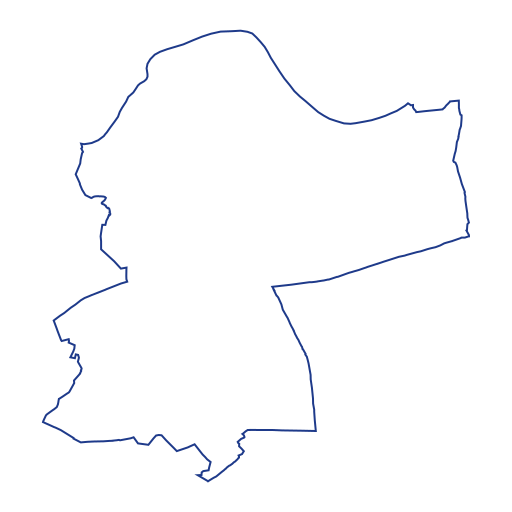 Vecsalienas pag., Daugavpils, Latvia (Equal Earth projection)
{"feature_id": "27541924B65627914021645", "entity_name": "Vecsalienas pag.", "entity_type": "district", "adm_level": 2, "iso_a3": "LVA", "parent_name": "Latvia", "parent_adm1": "Daugavpils", "projection": "equal_earth", "projection_center": [26.809, 55.845], "detail": "fine", "context": "isolated", "style": "outline", "palette": "blue", "viewbox_px": 512, "rotation_deg": 0, "n_neighbors": 0, "source": "geoboundaries", "source_scale": "gbopen_adm2", "svg_char_len": 5882}
<svg xmlns="http://www.w3.org/2000/svg" viewBox="0 0 512 512"><path d="M58.6,333.7L61.1,340.2L61.7,341.0L68.7,339.2L69.0,341.0L68.7,342.6L74.7,345.2L74.3,348.7L73.3,351.4L70.4,357.3L74.9,358.2L75.8,354.4L78.1,354.9L78.9,357.5L78.9,357.9L78.6,359.0L77.9,361.6L78.2,362.3L81.4,367.9L81.6,368.4L81.6,368.7L81.2,369.8L80.9,370.3L81.2,370.8L81.2,371.0L80.2,372.9L80.3,372.9L80.1,373.6L74.0,380.5L74.2,383.1L69.6,391.4L69.1,392.1L69.0,392.3L68.3,392.8L67.0,393.6L62.9,396.4L59.2,398.8L58.9,398.9L58.6,400.4L58.2,403.0L58.0,403.7L57.9,404.5L57.7,404.9L57.3,405.8L57.0,406.7L56.8,407.0L56.4,407.4L54.9,408.6L53.6,409.6L53.4,409.7L52.8,410.1L50.3,411.9L47.0,414.3L46.0,415.3L45.6,416.1L44.0,419.5L43.4,420.9L43.2,421.3L43.0,422.1L49.5,425.0L54.1,427.1L55.5,427.6L60.8,430.1L72.6,437.4L73.6,438.0L73.5,438.6L80.8,442.4L87.5,441.8L93.9,441.5L103.6,441.3L109.5,440.9L112.4,440.8L112.4,440.7L117.2,440.2L117.5,440.1L119.0,439.9L120.0,440.3L130.6,438.3L133.6,437.3L138.0,443.4L148.4,444.8L153.5,438.4L156.1,435.5L158.8,435.0L161.6,435.3L166.1,440.3L174.0,448.2L176.8,451.1L187.8,447.4L189.7,446.5L194.6,444.3L202.6,454.5L205.2,457.1L207.1,459.3L210.6,462.0L209.2,467.3L208.6,470.3L203.3,471.1L201.7,472.4L201.5,475.0L197.8,475.2L207.7,481.0L208.0,481.3L209.5,480.3L213.8,477.7L216.2,476.5L221.9,471.8L224.0,470.2L224.9,469.3L225.6,468.8L226.1,468.4L226.7,467.6L227.0,467.4L228.9,465.9L229.4,465.6L230.0,465.4L230.9,464.8L231.6,464.2L232.2,463.9L233.4,462.7L234.1,462.1L235.3,461.4L235.7,461.0L236.1,460.5L237.5,459.3L237.7,459.0L237.9,458.6L239.0,457.6L239.0,457.0L239.0,456.4L238.6,455.5L242.0,454.1L243.8,451.2L241.5,448.6L241.3,448.4L239.1,446.3L239.2,443.7L238.3,443.1L237.7,441.9L241.1,438.9L244.1,437.6L244.5,437.1L243.9,435.3L242.5,434.0L242.7,433.9L245.7,431.3L247.7,430.0L250.0,430.0L250.1,429.9L259.1,430.0L272.6,430.0L282.1,430.4L301.5,430.7L315.8,431.0L315.4,426.7L315.2,424.6L314.8,420.5L314.2,411.8L314.2,409.7L313.1,403.6L313.0,398.5L311.9,387.6L310.7,379.4L310.6,374.9L308.6,363.6L307.9,360.7L306.8,356.6L305.8,355.3L305.3,354.4L305.6,353.9L304.8,352.5L303.0,349.3L302.6,349.2L302.0,346.8L301.5,346.2L299.7,342.8L298.4,339.9L296.9,337.6L296.8,337.4L296.8,337.2L295.0,333.9L294.8,333.3L293.4,330.1L293.5,330.1L292.5,328.2L291.5,326.5L289.8,323.0L289.4,321.9L287.4,317.5L287.0,317.0L282.8,309.7L281.4,304.4L278.2,297.4L276.5,295.4L276.4,295.4L273.9,290.2L274.2,290.2L272.3,286.8L281.2,285.8L291.2,284.7L301.4,283.3L309.4,282.2L311.8,282.2L315.3,281.8L317.4,281.5L317.6,281.4L323.4,280.5L323.7,280.5L328.2,279.5L328.7,279.6L336.9,276.9L337.6,276.9L345.9,273.9L349.0,272.8L351.9,272.0L354.5,271.2L356.0,270.8L359.1,269.9L364.2,268.1L365.8,267.6L367.6,266.9L381.0,262.6L383.6,261.7L389.6,259.8L398.9,256.8L404.7,255.6L406.8,254.9L417.0,252.1L420.8,251.3L427.3,249.2L429.5,248.6L431.1,248.2L435.5,247.2L440.3,245.4L442.8,244.1L444.1,243.4L446.0,242.8L448.5,242.1L451.7,241.2L451.9,241.2L452.0,241.1L452.3,241.0L454.9,240.1L460.9,238.0L461.2,237.7L461.5,237.6L464.9,237.6L468.8,236.3L469.0,236.3L469.0,236.0L468.9,235.0L466.6,230.8L466.9,230.8L467.4,224.2L468.9,222.6L468.0,219.3L467.5,217.9L467.4,216.2L467.3,213.4L466.3,206.7L465.5,201.1L465.3,198.8L465.4,196.7L464.5,192.8L464.9,192.1L462.0,184.4L461.9,184.2L460.1,177.7L458.0,171.4L457.2,167.1L456.7,165.4L455.4,162.6L453.8,161.9L453.2,160.7L454.8,153.7L455.6,151.1L456.2,147.6L456.9,142.0L458.2,138.8L458.6,136.7L458.4,136.6L458.9,134.4L459.7,129.6L460.1,128.7L461.0,126.0L461.5,119.8L461.6,117.7L461.6,115.3L460.4,114.6L459.4,110.9L459.2,109.2L458.9,108.0L458.9,104.1L458.8,100.6L450.4,101.4L450.0,101.4L449.7,102.0L448.5,103.2L447.9,103.9L447.0,104.7L446.3,105.4L445.5,106.4L444.8,107.4L444.3,107.9L443.7,108.3L443.1,108.8L442.6,109.4L438.7,109.8L427.5,110.9L424.5,111.2L417.6,112.0L416.2,112.1L415.5,110.6L414.2,109.4L413.0,107.5L413.0,105.0L411.0,105.3L410.9,105.2L408.0,103.3L405.0,105.8L396.8,110.9L391.0,113.3L385.4,115.8L379.2,117.9L371.6,120.2L364.4,121.6L355.5,123.2L350.5,123.8L344.0,123.4L335.8,120.9L329.5,118.8L323.9,115.7L318.2,112.1L312.4,107.1L305.5,101.1L299.9,96.5L294.3,91.1L289.8,85.2L284.4,78.6L279.5,71.4L275.1,64.5L270.8,57.8L267.9,52.2L264.7,46.9L260.7,42.1L256.4,37.4L252.3,33.5L247.5,31.8L240.6,30.7L231.7,31.2L220.6,31.6L211.1,33.7L202.1,36.6L193.2,40.2L183.3,44.4L175.3,46.8L167.2,49.2L160.0,51.8L154.7,54.7L150.3,59.2L147.5,63.8L146.6,68.3L147.5,74.2L147.5,76.7L146.4,79.2L144.2,81.2L140.0,83.6L138.0,85.4L135.8,88.8L133.3,92.5L128.3,96.9L126.1,101.6L122.0,107.9L119.8,111.8L118.0,116.8L114.6,121.6L110.3,127.4L106.8,132.4L105.2,134.2L103.8,136.1L98.3,140.2L91.7,143.0L88.2,143.6L84.0,144.2L81.1,143.7L82.1,146.6L82.1,147.7L81.3,148.5L83.0,151.9L82.1,153.1L80.7,159.3L80.2,163.5L75.7,174.3L77.9,179.0L79.9,183.5L79.9,184.4L80.1,184.8L80.5,185.8L82.1,189.7L85.4,195.1L91.2,198.0L91.5,197.8L91.9,197.8L92.3,197.6L92.9,197.2L93.5,196.8L95.0,196.4L96.0,196.3L98.2,196.2L98.7,196.2L99.1,196.3L99.7,196.4L100.4,196.3L102.9,196.5L103.3,196.5L104.1,196.7L105.1,197.1L105.7,197.7L105.9,197.9L105.0,199.7L103.9,200.9L103.0,201.6L101.9,202.6L101.7,203.1L101.8,203.5L102.2,203.9L102.7,204.1L103.1,204.1L103.5,204.3L103.8,204.4L103.9,204.5L104.4,204.8L104.7,205.1L105.1,205.3L105.8,205.7L105.8,206.2L106.2,206.8L106.9,207.6L107.5,207.9L107.7,208.1L108.0,207.9L108.3,208.2L108.7,208.2L109.1,208.6L109.3,209.0L109.9,211.4L109.8,211.7L109.6,211.9L109.6,212.0L109.5,212.3L109.5,212.5L109.9,212.7L110.1,213.0L110.2,213.3L110.3,214.0L110.2,214.6L109.8,215.0L109.5,215.1L109.3,215.5L109.0,215.5L108.8,215.3L107.8,218.0L106.4,220.6L105.4,224.9L102.3,224.8L101.0,233.4L100.6,236.4L101.1,241.1L101.1,242.5L101.1,249.3L114.1,261.2L120.9,268.6L126.5,267.6L126.4,269.7L126.3,276.1L126.4,279.2L127.2,281.7L121.0,283.5L106.0,289.4L105.7,289.6L91.6,295.1L88.8,296.3L84.6,298.0L80.8,300.3L75.4,304.6L70.8,307.7L64.1,313.1L60.1,315.7L53.7,320.5L56.7,328.5L57.5,330.8L58.6,333.7Z" fill="none" stroke="#1e3a8a" stroke-width="2"/></svg>